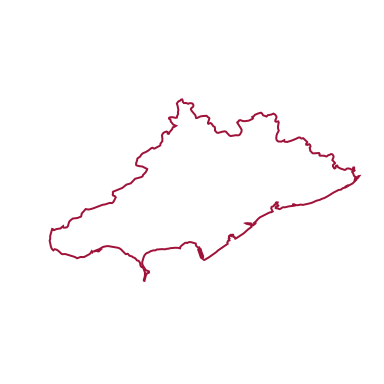 SVG path tracing the border of Tamil Nadu, rotated 56°
{"feature_id": "IND-3263", "entity_name": "Tamil Nadu", "entity_type": "State", "adm_level": 1, "iso_a3": "IND", "parent_name": "India", "parent_adm1": "", "projection": "equal_earth", "projection_center": [78.435, 10.806], "detail": "fine", "context": "isolated", "style": "outline", "palette": "rose", "viewbox_px": 384, "rotation_deg": 56, "n_neighbors": 0, "source": "natural_earth", "source_scale": "10m", "svg_char_len": 6028}
<svg xmlns="http://www.w3.org/2000/svg" viewBox="0 0 384 384"><g transform="rotate(56 192 192)"><path d="M254.9,191.4L255.0,203.2L255.4,205.4L255.6,214.8L255.3,219.4L255.1,220.0L252.8,220.7L252.2,220.4L252.2,219.2L251.3,218.6L246.3,217.5L245.8,217.7L245.5,218.5L247.5,218.7L249.2,219.7L251.4,220.0L252.0,220.5L251.9,221.1L251.4,221.3L243.2,219.1L243.0,218.3L245.1,217.5L245.3,217.1L244.4,216.7L243.7,217.1L242.1,217.0L242.2,217.8L239.3,218.6L238.4,218.5L236.8,217.7L233.1,220.8L231.8,222.6L231.6,224.6L230.8,225.1L230.3,226.3L230.6,230.7L231.0,232.4L232.0,233.4L230.5,234.8L228.9,237.0L226.5,241.3L225.7,243.5L224.9,244.8L224.6,246.1L222.4,249.1L220.0,253.4L219.9,255.0L218.7,256.9L218.0,259.2L217.8,261.8L217.3,263.9L217.4,265.1L218.1,267.1L219.2,268.8L222.4,272.6L223.8,273.4L225.5,273.9L231.0,274.0L233.7,272.1L234.6,272.5L234.8,273.0L234.3,274.6L235.1,276.6L239.1,281.1L238.6,281.5L237.9,281.1L235.4,278.1L232.6,276.1L227.5,274.8L226.0,275.8L224.3,275.9L221.9,274.8L220.4,274.6L219.1,274.8L217.9,275.9L216.6,275.9L214.5,276.4L213.4,277.3L211.8,277.8L209.8,279.5L207.7,279.7L207.1,280.1L206.6,281.5L206.1,281.8L200.1,282.9L198.6,283.4L197.1,284.3L190.1,291.6L189.2,293.0L187.8,296.4L187.5,300.9L187.0,303.1L187.5,302.6L188.5,302.2L188.9,301.2L189.1,302.5L188.7,303.1L187.3,304.2L186.7,306.1L186.1,307.1L185.9,307.7L186.2,308.3L185.0,308.3L185.9,310.1L186.2,311.8L185.6,317.6L185.0,318.8L183.6,320.6L182.7,324.3L180.4,325.4L172.6,331.7L171.0,334.3L170.4,334.7L166.0,335.7L164.0,336.6L162.6,337.9L162.8,339.6L160.6,340.0L158.1,339.4L152.7,337.2L151.6,335.8L149.1,334.1L144.4,328.6L144.9,328.1L145.9,328.2L146.5,327.7L146.9,325.2L148.7,321.3L148.3,319.3L148.3,318.1L149.1,318.7L149.9,318.2L150.6,317.1L151.3,315.5L150.9,313.9L148.2,310.8L147.6,309.3L147.3,305.8L149.5,301.5L150.3,297.8L149.9,297.1L148.2,295.5L146.7,289.7L148.5,287.8L149.3,286.2L150.3,283.1L152.6,273.3L153.7,271.0L155.0,266.4L156.4,264.6L156.4,263.3L156.2,262.5L153.8,258.2L152.5,258.2L150.7,259.4L149.9,259.3L149.2,258.4L147.8,257.7L147.6,257.3L149.7,247.4L149.2,242.3L150.6,237.9L149.2,231.8L151.2,225.9L151.4,224.3L150.4,222.8L149.9,219.9L148.7,217.2L147.9,216.3L143.1,218.9L140.9,221.5L138.9,223.1L138.4,223.2L137.0,222.4L135.3,220.1L133.7,218.5L133.6,215.1L132.8,213.4L132.4,211.6L132.6,209.9L133.0,208.2L133.2,205.4L132.9,201.0L133.3,199.9L134.7,199.3L135.1,198.5L135.3,195.7L135.7,193.0L135.5,192.1L134.3,191.1L133.3,188.2L130.9,186.5L128.3,185.3L127.2,183.5L127.0,181.7L127.6,179.3L128.5,178.8L130.0,179.5L130.6,179.1L130.8,178.6L129.9,177.3L128.9,173.6L127.7,171.7L128.2,169.6L128.2,168.2L125.8,169.8L121.7,170.2L119.9,169.4L118.7,170.0L118.0,169.9L117.7,169.5L117.8,168.4L119.0,166.4L121.4,164.1L121.8,162.8L120.8,162.0L119.5,159.8L118.0,159.1L116.4,157.4L112.1,155.6L110.3,155.2L109.8,154.2L109.3,152.4L109.6,150.7L109.3,149.3L109.7,148.4L110.7,148.5L112.1,149.2L113.7,149.0L115.1,146.9L116.7,145.9L116.8,144.9L117.7,143.3L118.7,142.3L119.5,142.1L120.3,142.1L121.4,142.7L121.9,143.3L122.2,146.1L122.8,146.7L124.4,146.9L130.2,146.3L133.0,147.2L133.5,146.3L134.0,142.9L135.0,140.7L137.0,137.3L139.0,136.9L140.2,136.3L140.8,136.5L143.6,140.1L144.1,140.4L144.6,140.3L145.2,138.1L145.5,137.9L147.2,137.5L149.2,137.6L150.7,136.8L152.3,137.4L153.9,138.6L156.7,138.2L157.7,137.1L158.9,133.3L160.0,130.9L161.1,130.1L166.1,129.4L167.3,128.5L169.5,123.8L170.8,122.1L171.1,121.5L171.2,120.4L169.9,117.5L168.4,116.2L167.2,115.9L159.7,115.7L159.5,115.3L159.6,114.4L159.5,113.8L159.0,113.4L159.0,112.8L159.6,111.6L161.6,110.2L162.9,108.5L164.6,105.0L165.2,100.9L164.9,100.1L163.5,100.1L163.7,98.4L163.2,96.6L163.9,93.2L164.8,90.5L166.1,90.0L168.1,90.2L171.1,88.0L170.7,86.2L172.1,83.1L172.6,80.6L174.3,79.8L176.7,79.8L177.6,80.4L179.1,82.8L180.0,83.4L180.8,83.0L181.7,81.0L182.8,81.2L185.9,84.2L187.1,85.0L189.7,85.8L191.5,89.2L192.5,90.4L194.7,92.2L196.1,92.7L197.6,92.6L198.5,92.1L200.2,89.7L200.6,86.6L201.6,87.2L202.0,87.1L203.7,85.2L205.0,81.0L206.0,76.4L206.4,73.3L207.1,72.1L208.8,71.5L209.6,69.7L215.0,68.5L215.4,68.8L216.0,70.6L216.7,70.8L217.6,69.9L217.9,68.1L219.1,67.8L220.6,68.3L221.2,69.8L222.5,70.1L223.8,70.9L227.2,70.4L227.9,69.7L230.7,64.9L231.8,64.9L232.5,65.7L233.3,65.7L235.9,62.1L237.5,61.0L237.8,60.3L237.7,58.4L238.1,57.3L238.3,55.5L238.7,55.0L239.4,54.6L240.9,54.5L242.1,55.0L244.0,57.8L247.9,57.2L248.3,57.6L248.3,59.4L248.6,60.1L249.6,60.8L251.8,60.9L252.2,60.7L252.4,59.8L251.0,58.3L251.1,57.0L251.3,56.8L252.7,57.1L253.4,56.9L255.7,55.7L259.0,53.1L259.4,52.4L259.2,50.8L259.5,49.8L260.8,48.2L262.5,47.4L262.9,46.7L262.9,46.0L261.9,44.6L262.1,44.0L262.7,44.0L264.1,45.2L265.1,45.2L265.2,45.9L264.7,47.5L264.9,48.0L266.9,48.0L268.9,48.6L269.8,48.5L271.4,47.6L271.3,48.5L273.1,50.5L273.3,49.8L273.9,49.6L274.7,54.0L274.2,59.7L273.6,59.4L273.4,61.2L274.2,60.9L274.1,62.1L273.1,65.0L273.4,67.1L272.3,69.2L271.6,75.2L271.4,81.7L271.0,85.7L270.2,88.5L270.0,90.4L268.8,93.7L268.1,98.1L267.1,101.2L264.7,107.3L263.3,108.8L261.9,112.0L261.1,113.1L259.0,114.5L258.7,115.1L259.0,115.4L261.1,113.8L258.0,119.9L256.8,123.2L255.7,124.9L255.4,125.7L255.4,128.1L254.9,129.3L253.9,129.8L252.5,131.4L252.0,131.6L251.0,130.3L251.7,129.0L251.6,128.1L249.7,128.3L248.6,126.8L247.9,127.5L247.7,128.2L248.5,129.4L248.7,131.0L249.2,131.6L249.3,132.5L248.9,134.0L249.0,134.6L250.1,135.6L253.3,136.0L253.0,137.9L252.6,138.4L252.3,139.4L251.0,149.8L251.2,152.0L252.2,155.9L252.4,158.0L252.7,158.0L252.8,157.5L252.7,156.5L253.3,156.6L253.6,157.1L253.8,159.9L253.7,160.4L253.4,160.5L251.7,160.4L250.9,160.8L248.3,164.2L248.0,165.0L248.8,164.6L251.0,162.6L251.3,161.7L252.0,161.4L254.2,162.3L254.4,166.8L255.2,172.4L255.1,180.7L254.9,182.2L253.2,181.9L252.4,182.7L250.5,181.8L250.2,182.0L250.1,182.4L250.6,182.8L250.7,184.0L250.3,184.3L249.8,183.7L249.2,183.7L249.1,184.1L249.7,184.6L249.2,185.4L249.2,185.9L249.8,186.5L250.6,186.7L251.0,187.4L251.7,187.1L252.0,188.0L253.1,188.1L252.7,189.5L252.9,190.0L253.5,190.5L253.6,190.9L254.9,191.4ZM272.3,44.4L273.2,47.0L273.3,49.0L273.1,49.0L271.9,45.2L272.3,44.4Z" fill="none" stroke="#9f1239" stroke-width="2"/></g></svg>